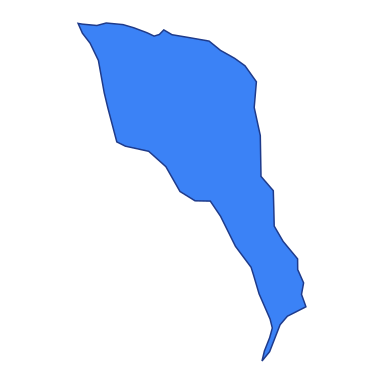 Melouseia, Cyprus
{"feature_id": "46923920B81614403917932", "entity_name": "Melouseia", "entity_type": "district", "adm_level": 2, "iso_a3": "CYP", "parent_name": "Cyprus", "parent_adm1": "", "projection": "robinson", "projection_center": [33.588, 35.068], "detail": "fine", "context": "isolated", "style": "filled", "palette": "blue", "viewbox_px": 384, "rotation_deg": 0, "n_neighbors": 0, "source": "geoboundaries", "source_scale": "gbopen_adm2", "svg_char_len": 809}
<svg xmlns="http://www.w3.org/2000/svg" viewBox="0 0 384 384"><path d="M78.1,23.4L82.4,33.2L90.1,43.2L98.4,60.4L104.2,92.7L107.9,108.1L116.8,141.9L125.4,146.2L148.7,151.3L165.9,166.7L180.0,191.5L195.0,200.8L210.3,201.1L220.5,216.2L235.5,246.4L251.1,267.3L253.6,275.3L259.1,293.9L270.1,319.1L272.3,328.0L269.7,337.6L264.4,351.0L262.0,361.0L269.6,351.7L280.1,324.7L287.4,316.2L305.9,306.8L305.3,305.0L301.5,294.4L303.6,282.9L298.7,271.8L297.7,269.7L297.6,258.9L283.1,241.4L274.2,226.1L273.8,208.7L273.3,190.7L261.0,176.4L260.3,135.6L254.2,107.5L256.4,81.8L245.0,65.8L234.6,58.3L220.5,50.4L209.1,41.1L188.6,37.5L172.0,34.7L163.8,29.9L159.3,34.5L154.1,36.1L147.6,33.0L144.6,31.8L140.5,30.3L133.9,27.8L123.0,24.6L106.2,23.0L96.9,25.5L82.1,24.1L78.1,23.4Z" fill="#3b82f6" stroke="#1e3a8a" stroke-width="1.5"/></svg>